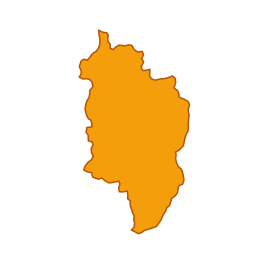 the district of Piraúba, Minas Gerais, Brazil, rotated 226°
{"feature_id": "56859067B46314639324095", "entity_name": "Piraúba", "entity_type": "district", "adm_level": 2, "iso_a3": "BRA", "parent_name": "Brazil", "parent_adm1": "Minas Gerais", "projection": "natural_earth1", "projection_center": [-43.025, -21.261], "detail": "fine", "context": "isolated", "style": "filled", "palette": "amber", "viewbox_px": 256, "rotation_deg": 226, "n_neighbors": 0, "source": "geoboundaries", "source_scale": "gbopen_adm2", "svg_char_len": 1931}
<svg xmlns="http://www.w3.org/2000/svg" viewBox="0 0 256 256"><g transform="rotate(226 128 128)"><path d="M194.4,129.7L192.6,132.1L190.0,134.0L186.1,134.0L182.0,131.4L181.6,126.8L178.8,123.7L176.9,121.0L176.2,117.6L174.2,113.8L171.2,110.1L166.9,107.5L162.5,105.9L159.3,106.6L156.5,105.2L153.9,102.7L156.9,98.8L154.2,95.0L150.4,94.3L146.4,90.6L143.2,92.4L140.4,91.7L138.9,87.4L135.9,84.8L131.9,83.4L130.5,79.9L131.1,75.6L130.5,71.0L128.7,67.1L125.2,68.0L121.2,70.7L117.3,68.5L114.2,69.8L111.6,71.5L110.2,74.5L106.0,74.8L101.9,76.0L99.9,78.4L98.1,81.4L96.0,84.5L93.4,83.4L91.6,79.9L88.2,77.5L85.6,79.9L83.0,83.7L79.7,81.1L77.4,78.6L73.9,79.0L71.8,76.7L69.3,75.0L66.7,73.9L63.8,72.4L60.5,71.5L58.3,68.7L55.2,66.8L52.5,63.7L52.2,59.6L48.2,61.0L44.7,62.1L43.2,65.6L42.8,69.2L41.0,72.2L39.1,76.3L37.4,80.2L38.2,84.1L38.8,87.5L41.1,93.0L42.0,97.4L43.6,100.3L43.4,104.3L45.2,107.3L47.1,110.7L46.4,114.8L47.0,118.5L48.9,121.0L51.2,124.5L49.7,128.3L51.5,131.9L55.5,134.8L59.5,137.2L62.3,137.7L65.6,137.4L69.8,139.0L73.1,141.1L75.0,143.8L77.7,145.5L76.5,149.5L76.8,155.6L78.9,158.6L81.3,162.2L83.1,165.7L84.0,168.9L86.3,171.6L89.6,174.6L92.6,178.1L95.1,181.2L97.9,182.7L100.0,185.0L101.9,188.4L105.4,189.6L109.2,188.6L111.9,187.3L114.8,186.2L117.0,188.2L120.5,189.6L124.9,189.0L127.4,193.7L130.7,196.4L134.6,196.1L136.3,191.9L138.0,188.8L140.6,185.7L143.5,180.8L147.2,179.0L150.4,179.7L152.5,182.0L155.0,184.4L156.7,181.3L159.4,178.4L162.9,180.1L164.7,185.2L168.3,185.9L169.9,190.1L173.3,191.5L175.8,187.7L180.2,186.9L184.7,188.2L187.6,185.9L189.4,182.5L191.8,180.9L194.0,178.8L194.7,175.2L194.8,171.7L197.9,170.6L200.5,173.3L203.8,173.5L206.5,175.7L208.6,178.3L211.3,178.8L214.4,176.4L218.6,174.8L215.4,172.1L211.8,169.8L208.2,166.4L206.0,162.2L205.3,158.8L206.1,154.0L205.4,149.6L205.1,145.7L208.0,144.3L208.8,140.9L206.0,135.6L201.5,134.0L199.4,131.7L198.5,128.3L194.4,129.7Z" fill="#f59e0b" stroke="#b45309" stroke-width="1.5"/></g></svg>